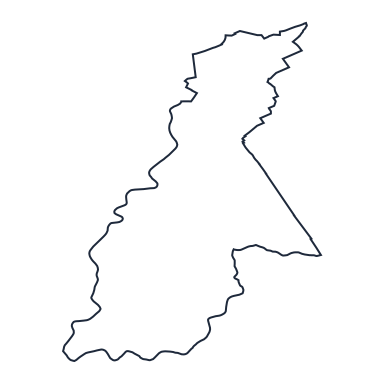 Ouder-Amstel, Noord-Holland, Netherlands
{"feature_id": "6326949B48835479136340", "entity_name": "Ouder-Amstel", "entity_type": "district", "adm_level": 2, "iso_a3": "NLD", "parent_name": "Netherlands", "parent_adm1": "Noord-Holland", "projection": "robinson", "projection_center": [4.919, 52.295], "detail": "fine", "context": "isolated", "style": "outline", "palette": "slate", "viewbox_px": 384, "rotation_deg": 0, "n_neighbors": 0, "source": "geoboundaries", "source_scale": "gbopen_adm2", "svg_char_len": 5912}
<svg xmlns="http://www.w3.org/2000/svg" viewBox="0 0 384 384"><path d="M63.1,351.2L66.7,355.4L67.8,357.3L68.4,358.0L69.7,359.3L70.4,359.8L70.9,360.1L73.3,360.8L74.4,361.0L76.4,359.9L78.6,358.0L80.5,356.6L84.7,353.8L86.1,353.0L88.3,352.4L94.0,351.2L97.0,350.4L101.3,349.5L102.5,349.6L103.3,349.8L104.7,350.4L105.4,350.9L106.2,351.7L107.7,353.8L109.9,357.6L110.3,358.2L112.7,359.9L113.4,360.2L114.3,360.4L115.3,360.3L117.2,359.7L118.1,359.2L119.7,357.5L121.5,356.3L124.1,353.6L125.6,351.9L126.5,351.3L127.3,351.1L127.9,351.1L129.4,351.4L132.5,352.3L134.5,353.6L139.1,356.0L139.6,356.4L140.1,357.3L140.4,357.6L142.5,358.8L143.3,359.1L146.3,359.5L149.3,360.2L150.3,360.1L152.5,359.3L153.1,359.1L154.8,357.5L159.0,353.2L160.3,352.4L161.4,351.8L163.1,351.5L165.2,351.3L170.2,351.6L173.1,352.0L175.3,352.7L177.8,352.9L180.8,354.0L181.8,354.3L183.9,354.4L185.5,354.1L186.8,353.5L187.6,352.9L191.3,348.9L192.7,347.8L193.2,346.8L194.1,345.8L196.1,344.2L196.5,343.7L196.9,343.3L198.0,342.5L200.6,340.9L204.0,339.3L206.0,337.6L206.9,336.6L209.4,332.1L209.8,330.8L210.1,329.4L210.0,327.7L208.1,320.7L208.1,319.5L208.5,318.9L209.5,318.1L211.0,317.5L215.7,316.2L219.1,315.7L220.6,315.3L222.3,314.5L224.0,313.5L225.0,312.6L225.6,311.6L225.8,311.0L226.2,306.8L227.0,302.0L227.7,299.9L228.3,298.8L228.6,298.5L230.3,297.2L231.8,296.5L233.8,295.9L239.4,294.7L242.6,293.3L242.7,293.1L243.3,291.0L243.4,289.8L242.5,287.3L242.0,286.7L240.6,285.9L240.2,285.6L239.9,285.1L238.8,282.5L238.5,281.4L238.5,280.6L238.5,280.2L237.4,279.5L235.4,278.6L234.7,278.1L234.3,277.5L234.3,277.1L234.4,276.8L236.3,274.9L236.8,274.2L237.2,273.3L237.4,272.7L237.2,271.8L236.2,269.2L235.7,268.2L234.6,266.3L234.6,265.4L234.7,263.9L234.7,260.6L234.4,259.7L233.5,258.4L232.8,257.0L232.5,256.3L232.2,255.4L232.2,255.0L232.4,253.9L232.7,251.9L233.0,250.8L233.7,249.3L234.4,249.6L236.8,250.0L238.3,250.1L240.2,250.0L241.5,249.6L247.6,246.9L248.7,246.5L250.4,246.1L252.8,245.9L255.2,245.2L255.8,245.0L256.3,245.1L257.6,245.7L260.1,246.7L262.3,247.3L263.7,247.8L264.5,248.3L266.5,249.9L267.1,250.2L270.6,250.7L272.7,251.6L275.4,251.7L276.9,252.1L278.2,252.7L281.6,255.0L282.9,255.5L283.9,255.5L285.1,255.4L287.2,255.1L288.2,254.6L290.3,253.5L291.5,253.0L294.1,252.4L296.6,252.3L297.9,252.3L298.9,252.5L302.0,253.8L304.8,254.5L309.6,255.2L314.1,255.3L316.3,256.0L317.4,255.9L320.9,255.0L316.4,247.8L310.6,239.1L311.4,238.7L294.1,215.6L294.3,215.5L265.9,173.7L266.1,173.6L262.7,168.8L259.2,164.1L259.4,164.0L257.0,161.1L255.6,159.7L254.2,157.9L252.7,155.2L252.0,154.4L249.5,152.3L245.9,147.9L245.2,146.9L242.9,143.1L243.9,142.7L242.7,141.5L244.2,140.4L242.4,138.8L243.3,137.7L245.4,136.3L244.7,135.7L249.5,132.1L257.0,125.8L263.7,122.9L260.3,118.2L270.9,113.6L270.9,111.5L270.7,110.9L269.0,108.6L268.8,108.1L274.2,105.8L275.7,101.6L275.7,101.2L273.5,98.1L277.9,96.2L276.2,93.4L275.3,91.6L274.9,90.3L274.7,89.1L274.5,87.3L273.0,86.3L270.2,83.9L269.8,83.8L269.4,83.5L268.7,82.9L268.1,82.3L267.5,82.0L268.2,80.2L268.6,78.8L269.5,78.8L270.5,78.5L273.2,75.7L276.2,72.9L289.0,67.3L282.9,58.8L301.7,50.6L298.8,46.8L297.6,45.5L296.3,44.3L292.9,41.8L298.8,36.8L298.8,36.5L299.0,36.3L299.8,35.9L300.4,34.9L301.4,33.5L302.6,32.1L302.9,31.6L303.1,30.6L304.1,29.5L304.9,28.8L305.2,28.3L305.5,28.0L305.7,27.3L306.8,25.7L306.8,25.3L306.5,24.4L306.3,24.3L306.0,23.0L304.7,23.4L303.7,23.8L303.6,24.0L300.0,25.4L295.2,26.8L290.6,28.5L286.1,30.3L284.2,30.9L279.9,31.6L279.9,35.0L274.6,34.7L273.3,34.7L271.8,35.2L270.2,35.8L269.1,36.1L268.4,36.7L267.8,37.0L264.2,38.6L261.5,35.1L257.2,35.1L239.9,31.0L234.7,33.3L235.2,34.0L231.7,35.6L228.7,35.5L225.6,35.3L225.5,37.8L225.3,38.4L224.8,39.9L224.1,41.1L223.5,42.0L222.6,43.0L221.6,43.9L221.9,44.4L219.2,45.6L215.3,47.2L212.9,47.9L204.8,51.0L196.5,53.6L192.8,54.3L195.7,77.2L190.3,78.3L187.8,78.7L186.8,79.3L184.9,81.0L186.3,82.0L187.6,83.1L188.0,83.5L186.1,87.3L191.4,89.9L191.6,90.0L191.6,90.3L192.1,90.6L196.9,93.1L194.0,97.4L191.1,101.4L186.2,101.3L181.3,101.4L181.3,101.8L180.1,103.6L177.8,105.0L173.9,106.6L170.9,108.6L170.3,109.4L170.0,110.2L169.9,110.8L170.0,111.4L171.3,114.2L171.7,116.0L172.0,118.1L171.5,119.9L170.7,122.2L169.8,123.9L169.4,125.8L169.2,128.1L169.5,130.5L170.2,132.7L171.4,135.1L172.5,136.9L176.1,141.3L176.7,142.5L177.3,144.7L176.9,146.3L176.4,147.3L175.4,148.6L169.0,154.9L165.5,157.7L163.8,159.2L160.3,161.6L153.4,167.0L150.8,169.3L150.1,170.2L149.5,171.3L149.2,172.1L149.1,172.9L149.3,174.1L149.7,175.4L151.2,177.1L152.1,178.5L155.7,181.4L156.9,182.8L157.3,183.3L157.5,184.0L157.4,185.2L157.1,186.0L156.7,186.7L155.7,187.5L154.1,188.1L150.1,188.3L143.6,189.1L135.0,189.6L132.0,190.0L131.0,190.3L129.6,191.1L127.1,193.5L126.5,194.8L126.2,195.7L126.1,196.9L126.3,199.4L126.7,202.2L126.7,203.0L126.5,203.7L126.1,204.3L125.3,204.9L124.2,205.4L118.8,207.4L117.1,208.2L115.5,209.6L114.9,210.2L114.5,211.0L114.3,211.7L114.4,212.5L114.5,213.0L115.3,213.7L116.2,214.3L121.4,216.6L122.2,217.2L122.6,218.0L122.8,218.6L122.7,219.1L122.5,219.7L122.1,220.3L121.4,220.9L120.4,221.5L119.3,222.0L117.2,222.4L111.7,223.0L111.1,223.2L110.5,223.5L109.3,224.8L108.7,225.7L108.3,226.4L107.9,227.4L107.8,228.0L107.6,230.6L106.8,232.4L106.3,233.4L105.2,234.8L103.5,236.6L93.3,246.5L91.0,249.4L90.2,250.5L89.7,251.4L89.4,252.7L89.3,253.3L89.5,254.8L89.9,256.3L90.5,257.5L91.7,259.5L93.0,261.1L95.5,263.7L97.2,266.0L97.8,267.9L98.0,269.8L97.5,271.5L96.8,273.3L96.6,274.6L96.7,275.8L97.5,277.9L97.8,278.9L97.9,279.8L97.8,280.3L97.0,282.4L94.9,286.5L94.7,287.2L94.3,289.8L93.3,293.2L91.5,297.0L91.3,297.6L91.4,298.2L91.8,299.0L92.8,300.4L93.7,301.4L98.0,304.9L99.7,306.9L100.5,308.6L100.5,309.0L100.1,309.8L99.2,311.2L96.1,313.8L93.1,316.6L90.2,318.8L88.4,319.7L86.8,320.2L83.7,320.6L78.9,321.1L76.8,321.2L75.1,321.4L73.7,321.9L72.7,323.1L72.0,324.4L71.8,326.0L72.5,328.2L73.7,330.6L73.8,332.9L73.3,334.2L72.0,336.2L68.5,340.8L66.4,343.4L64.8,345.2L64.1,346.8L63.7,348.9L63.1,351.2Z" fill="none" stroke="#1e293b" stroke-width="2"/></svg>